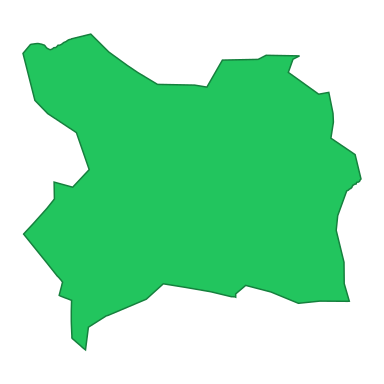 Tolbo, Bayan-Ölgiy, Mongolia
{"feature_id": "93677404B88503243621788", "entity_name": "Tolbo", "entity_type": "district", "adm_level": 2, "iso_a3": "MNG", "parent_name": "Mongolia", "parent_adm1": "Bayan-Ölgiy", "projection": "albers", "projection_center": [90.293, 48.38], "detail": "fine", "context": "isolated", "style": "filled", "palette": "green", "viewbox_px": 384, "rotation_deg": 0, "n_neighbors": 0, "source": "geoboundaries", "source_scale": "gbopen_adm2", "svg_char_len": 2115}
<svg xmlns="http://www.w3.org/2000/svg" viewBox="0 0 384 384"><path d="M85.5,349.9L88.4,327.2L106.2,315.9L108.0,315.4L146.3,299.2L163.3,283.8L185.6,287.4L211.0,291.8L231.3,296.7L234.7,296.8L235.7,297.2L235.7,293.9L245.7,285.4L271.0,292.0L298.4,303.3L319.8,301.1L347.9,301.3L349.3,301.2L344.2,283.6L344.0,262.3L336.2,230.4L337.7,215.7L346.7,190.9L347.6,190.5L348.3,190.2L348.8,189.8L349.0,189.4L349.3,189.2L349.7,189.0L350.4,188.6L350.8,188.5L351.0,188.3L351.1,187.9L351.6,187.7L351.9,187.4L352.1,186.5L352.4,186.1L352.8,185.6L352.9,185.2L353.3,185.1L353.8,184.8L354.1,184.6L354.4,184.3L354.9,184.1L355.5,184.1L355.9,184.1L356.2,183.9L356.3,183.5L356.4,183.0L356.5,182.8L356.7,182.4L357.1,182.2L357.8,182.2L358.3,182.1L358.7,181.8L359.2,181.6L359.8,180.9L360.1,180.1L360.3,179.6L361.0,179.0L355.1,154.6L330.9,138.2L333.4,122.1L333.0,113.3L328.8,92.4L318.7,94.2L288.3,72.4L293.0,59.2L299.5,55.9L266.1,55.3L258.1,59.4L222.4,60.1L206.9,87.1L194.6,85.1L157.5,84.4L137.9,72.6L127.2,65.4L108.8,52.0L90.8,34.1L71.6,38.8L71.3,39.1L70.7,39.3L70.0,39.4L69.3,39.6L68.5,39.9L67.3,40.6L66.2,41.5L64.8,42.1L64.0,42.4L63.3,42.9L62.3,43.7L61.4,44.4L60.1,45.0L59.1,45.3L58.7,45.3L58.5,45.2L58.3,45.2L58.2,45.2L57.9,45.3L57.0,46.5L55.8,47.5L55.4,47.6L54.7,47.6L53.9,47.7L53.1,48.3L52.6,48.8L51.7,49.2L50.8,49.6L50.2,49.7L49.2,49.4L48.5,49.0L47.0,48.2L46.2,47.4L45.5,46.5L45.2,46.1L44.9,45.6L44.3,45.1L43.2,44.8L41.6,44.2L40.0,43.9L38.8,43.6L37.7,43.5L36.3,43.6L31.2,44.3L30.4,44.6L23.0,53.4L34.9,100.4L47.7,113.6L76.4,132.6L89.2,169.6L72.7,187.2L54.1,182.1L54.4,199.0L47.0,208.3L33.2,223.7L25.1,232.4L24.7,232.9L23.8,233.8L23.6,234.1L46.2,262.1L55.9,274.3L57.2,276.0L57.9,276.6L58.9,277.6L59.8,278.7L60.8,279.8L62.6,282.2L62.2,283.4L61.4,286.8L60.6,289.8L59.9,292.6L59.4,294.4L59.2,295.4L60.6,296.1L62.9,297.0L65.2,297.9L67.7,298.8L69.7,299.6L70.9,300.1L71.6,300.3L71.5,303.5L71.4,307.4L71.3,310.9L71.3,314.1L71.3,317.5L71.3,321.2L71.4,324.4L71.5,326.9L71.6,329.4L71.7,332.0L71.9,335.6L71.9,337.9L72.3,338.6L74.7,340.6L76.7,342.4L80.0,345.2L82.6,347.6L84.1,348.8L85.5,349.9Z" fill="#22c55e" stroke="#15803d" stroke-width="1.5"/></svg>